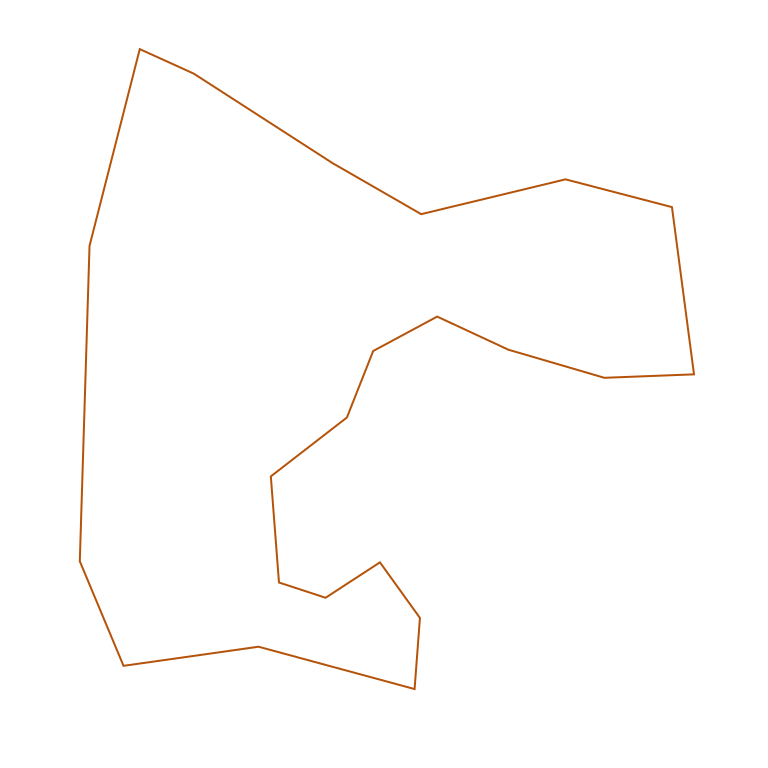 SVG path tracing the border of Port Louis, rotated 186°
{"feature_id": "MUS-5189", "entity_name": "Port Louis", "entity_type": "City", "adm_level": 1, "iso_a3": "MUS", "parent_name": "Mauritius", "parent_adm1": "", "projection": "orthographic", "projection_center": [57.509, -20.162], "detail": "fine", "context": "isolated", "style": "outline", "palette": "amber", "viewbox_px": 768, "rotation_deg": 186, "n_neighbors": 0, "source": "natural_earth", "source_scale": "10m", "svg_char_len": 439}
<svg xmlns="http://www.w3.org/2000/svg" viewBox="0 0 768 768"><g transform="rotate(186 384 384)"><path d="M116.1,590.0L76.7,426.0L165.5,413.2L263.9,431.1L338.2,456.6L398.2,415.7L417.4,346.8L486.9,280.3L467.7,175.6L419.8,165.3L369.4,206.2L323.8,155.1L321.7,83.8L481.4,109.6L613.6,76.5L668.0,175.9L691.3,490.6L661.9,691.5L605.7,672.8L458.1,598.2L364.8,556.8L224.9,606.5L116.1,590.0Z" fill="none" stroke="#b45309" stroke-width="2"/></g></svg>